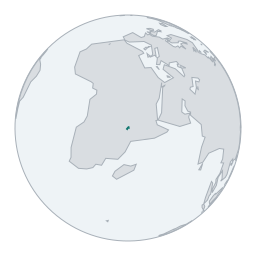 Namayingo on an orthographic globe, rotated 39°
{"feature_id": "UGA-5614", "entity_name": "Namayingo", "entity_type": "District", "adm_level": 1, "iso_a3": "UGA", "parent_name": "Uganda", "parent_adm1": "", "projection": "orthographic", "projection_center": [33.828, -0.264], "detail": "fine", "context": "on_globe", "style": "filled", "palette": "teal", "viewbox_px": 256, "rotation_deg": 39, "n_neighbors": 0, "source": "natural_earth", "source_scale": "10m", "svg_char_len": 6297}
<svg xmlns="http://www.w3.org/2000/svg" viewBox="0 0 256 256"><g transform="rotate(39 128 128)"><circle cx="128" cy="128" r="113" fill="#eef3f6" stroke="#a8b0b8"/><path d="M60.7,37.7L58.9,39.1L60.7,37.7ZM15.9,116.9L16.1,119.7L16.1,124.5L15.9,127.5L16.3,128.4L16.4,130.4L20.0,133.5L23.3,138.5L24.2,145.4L23.4,153.3L27.2,170.0L26.9,175.3L30.0,182.0L35.1,191.6L34.8,191.2L30.2,183.9L26.2,176.1L22.8,168.1L20.0,159.9L17.8,151.5L16.3,142.9L15.5,134.2L15.4,125.5L15.9,116.9ZM215.2,56.6L215.6,57.3L213.0,54.2L214.8,56.8L217.1,59.5L217.4,59.5L220.1,63.5L223.8,68.8L227.2,74.7L230.9,84.3L230.2,86.8L230.7,88.7L228.9,86.2L228.9,89.8L234.1,101.7L234.7,105.1L233.5,111.0L233.1,108.4L228.3,101.7L229.1,109.7L232.8,117.0L234.1,125.3L232.0,122.4L230.5,115.1L228.7,112.5L228.0,105.4L224.3,95.0L222.1,96.6L221.1,92.6L215.7,84.2L211.9,86.4L206.6,96.8L207.7,107.4L205.1,112.0L197.2,96.6L193.7,86.6L190.8,87.5L182.7,79.2L168.6,78.7L166.6,76.2L163.9,77.3L158.3,74.9L155.3,71.0L151.8,71.3L159.7,81.7L163.5,81.5L166.7,77.5L168.2,81.3L173.6,84.8L167.3,94.2L146.4,102.9L144.5,95.0L129.4,74.6L129.9,72.3L129.9,72.1L129.7,71.6L128.2,75.3L125.6,71.5L133.5,85.3L134.8,91.6L146.1,103.3L145.0,104.6L148.7,107.1L160.7,104.0L160.8,106.7L155.0,119.2L138.5,136.7L140.8,148.5L139.8,158.7L129.8,165.6L130.9,173.6L125.8,176.4L125.6,180.9L121.7,185.8L114.9,190.5L103.2,190.8L102.2,186.7L96.0,178.9L87.3,159.9L90.0,151.0L88.8,144.3L80.4,129.7L82.2,121.5L80.0,118.2L75.4,119.2L72.9,115.2L70.1,115.3L53.1,119.1L48.2,114.2L42.8,99.0L46.0,92.7L47.0,85.7L69.5,61.9L73.9,62.8L91.1,59.3L93.2,60.0L90.7,65.0L103.2,70.8L107.9,66.5L119.7,69.8L127.9,69.6L131.7,60.3L118.3,60.3L116.4,56.0L127.5,52.2L139.3,52.9L139.0,51.3L131.9,47.6L135.1,44.9L129.5,46.2L131.5,47.8L128.1,48.9L126.1,47.5L127.3,46.5L123.8,45.8L119.1,51.4L120.6,53.6L111.3,54.8L112.8,58.8L110.2,60.7L106.6,54.8L107.3,52.7L100.2,47.0L98.7,49.3L105.2,55.0L103.0,54.6L101.0,58.3L100.8,55.1L94.0,48.9L86.0,50.7L74.9,60.4L70.4,61.6L66.9,60.1L71.6,50.9L81.3,49.4L83.1,46.7L81.8,43.1L84.8,43.2L85.5,41.7L89.2,41.3L95.1,37.7L99.0,37.1L101.9,33.2L104.3,32.5L101.8,34.9L102.3,36.6L112.0,36.1L114.0,35.2L115.1,32.8L117.7,33.2L117.5,31.0L123.4,30.2L116.1,29.5L117.2,27.2L121.1,25.6L120.1,24.9L113.8,27.6L112.5,28.9L113.4,30.1L108.6,34.2L105.2,35.0L105.2,30.7L100.3,31.6L102.5,28.4L118.2,22.1L124.4,21.2L133.4,23.8L131.6,24.9L127.5,24.4L130.8,26.7L130.8,25.6L132.9,26.1L134.5,24.5L136.0,24.8L134.9,23.0L137.0,23.2L137.7,24.4L141.8,22.8L146.3,23.2L146.5,22.7L145.4,22.1L151.9,23.3L151.8,23.0L149.6,22.4L147.9,21.3L147.4,20.1L149.6,20.6L150.1,21.1L154.6,23.1L155.5,24.7L156.4,24.8L156.1,23.6L150.7,21.1L149.7,20.3L152.6,21.3L151.5,20.8L151.7,20.6L154.1,20.9L151.1,19.8L150.6,17.9L155.1,18.8L157.7,19.6L159.3,19.8L167.4,22.5L175.2,25.7L182.8,29.6L190.0,34.0L196.9,38.9L203.5,44.4L209.5,50.3L215.2,56.6ZM61.3,73.3L60.6,75.4L61.3,73.3ZM151.7,58.9L158.8,59.5L155.9,53.9L158.4,53.8L156.4,52.1L155.6,53.5L150.9,49.0L154.1,47.6L153.4,45.5L150.9,45.2L145.8,48.5L152.5,54.8L150.8,57.0L151.7,58.9ZM54.7,42.4L53.5,43.6L50.8,46.1L52.3,44.6L51.0,45.8L51.2,45.6L54.7,42.4ZM85.4,35.4L86.5,36.0L84.7,37.6L79.8,39.2L82.3,36.8L85.4,35.4ZM88.4,36.6L89.7,32.5L92.9,31.6L90.9,32.7L92.8,32.6L90.1,34.4L91.7,38.1L90.3,39.8L82.0,41.3L85.5,39.7L84.3,39.0L88.4,36.6ZM87.8,26.3L88.5,25.3L94.4,24.6L93.1,25.7L88.1,27.1L86.7,26.7L87.8,26.3ZM93.3,20.8L94.3,20.5L95.3,20.2L103.7,18.0L112.3,16.5L112.0,16.5L113.7,16.3L116.4,16.0L114.1,16.4L115.7,16.6L112.5,17.0L112.9,17.0L110.3,17.5L107.9,18.2L106.5,18.3L106.2,18.6L104.5,19.0L103.6,19.5L100.7,20.0L99.4,20.7L98.8,20.6L97.2,21.6L97.1,21.1L94.9,21.9L96.2,22.0L83.1,25.5L77.7,27.9L73.2,30.3L73.7,29.6L78.1,27.1L84.4,24.2L89.5,22.2L88.8,22.4L91.0,21.6L90.7,21.8L92.4,21.1L93.3,20.8ZM95.9,58.1L97.5,58.2L100.2,57.9L99.0,60.4L95.9,58.1ZM91.1,53.8L92.7,53.4L92.3,56.5L90.5,56.5L91.1,53.8ZM93.9,50.8L92.8,53.2L92.4,51.9L93.9,50.8ZM103.3,34.6L105.0,34.2L105.1,34.8L104.0,35.7L103.3,34.6ZM120.6,18.2L119.6,18.0L120.1,17.8L120.0,17.1L122.4,17.0L123.4,17.3L120.6,18.2ZM129.2,61.9L126.6,63.7L125.5,62.8L126.6,62.3L129.2,61.9ZM111.9,61.8L115.7,63.0L111.5,62.5L111.9,61.8ZM123.2,17.9L122.8,17.6L124.3,17.8L123.2,17.9ZM124.1,16.9L125.8,17.0L122.6,16.9L124.1,16.9ZM170.8,212.2L171.3,213.6L169.6,213.7L170.8,212.2ZM159.1,157.1L151.4,175.0L146.1,175.1L145.1,169.8L147.9,159.0L154.1,155.9L157.2,151.0L159.1,157.1ZM238.7,146.7L238.8,147.5L238.7,148.0L238.7,146.7ZM238.6,144.5L239.0,145.0L238.4,145.6L238.6,144.5ZM239.1,145.2L239.4,144.6L239.5,143.9L239.3,144.9L239.1,145.2ZM238.3,144.3L235.5,143.1L234.1,141.3L234.7,139.4L237.0,140.6L238.3,144.3ZM234.6,139.3L232.0,133.3L226.5,117.0L228.5,117.5L233.9,127.6L233.6,129.2L235.1,133.9L234.6,139.3ZM239.7,130.9L239.4,135.8L238.1,134.7L237.3,133.6L236.9,127.1L237.1,123.9L237.8,124.2L239.1,114.4L239.8,117.3L239.7,121.6L240.2,126.2L239.7,130.9ZM208.3,108.4L210.9,114.9L209.3,115.9L208.3,108.4ZM238.4,107.3L238.7,111.5L238.1,105.8L238.4,107.3ZM237.4,101.8L238.0,104.2L237.3,101.7L237.4,101.8ZM231.8,91.8L231.1,92.1L230.5,90.5L231.1,89.2L231.8,91.8ZM229.8,79.9L231.7,84.3L232.3,85.8L231.0,83.0L229.8,79.9ZM143.1,18.5L140.7,19.4L140.6,20.5L143.0,21.5L138.5,20.7L138.8,19.0L143.1,18.5ZM149.5,17.8L147.3,17.3L148.9,17.5L149.6,17.7L149.5,17.8ZM147.7,17.5L143.9,16.9L143.1,16.6L146.3,17.1L147.7,17.5ZM133.5,16.8L132.6,17.0L131.5,16.8L133.5,16.8ZM221.7,190.5L219.7,192.7L220.1,191.2L222.4,188.0L227.4,177.5L227.6,177.8L230.5,171.0L233.9,165.9L236.1,159.6L233.4,167.7L230.1,175.6L226.2,183.2L221.7,190.5ZM238.9,147.6L238.8,148.0L238.9,147.4L238.9,147.6ZM240.6,125.9L240.4,127.5L240.5,130.7L240.6,129.2L240.5,131.7L240.3,137.2L240.1,139.0L240.4,133.1L239.9,138.8L239.8,138.5L240.1,133.5L240.4,127.7L240.5,125.4L240.6,125.9ZM239.6,113.1L239.6,112.6L239.7,113.9L239.4,111.2L239.6,113.1ZM238.9,108.0L239.0,109.0L238.6,106.6L238.9,108.0ZM238.7,107.6L238.2,104.8L238.3,105.4L238.7,107.6ZM237.9,103.3L237.2,101.0L234.7,92.2L234.8,92.3L236.6,98.6L237.8,102.9L237.9,103.3Z" fill="#d9dde1" stroke="#a8b0b8" stroke-width="1"/><path d="M128.2,129.5L127.6,129.5L127.6,127.7L127.8,127.6L127.7,127.5L127.7,127.3L127.7,127.0L127.7,126.9L127.8,126.8L127.9,126.7L128.0,126.7L128.1,126.8L128.2,127.0L128.3,127.1L128.2,127.1L128.1,127.3L128.2,127.5L128.2,127.8L128.2,128.1L128.2,128.5L128.1,128.8L128.1,129.1L128.2,129.5Z" fill="#14b8a6" stroke="#0f766e" stroke-width="1.5"/></g></svg>